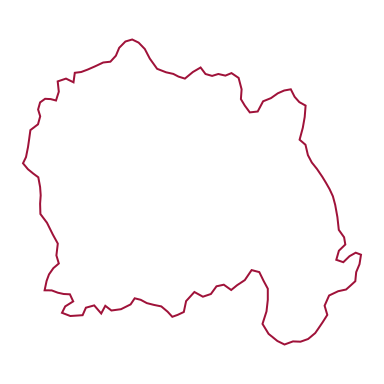 Matias Barbosa, Minas Gerais, Brazil
{"feature_id": "56859067B96954562093001", "entity_name": "Matias Barbosa", "entity_type": "district", "adm_level": 2, "iso_a3": "BRA", "parent_name": "Brazil", "parent_adm1": "Minas Gerais", "projection": "equal_earth", "projection_center": [-43.306, -21.87], "detail": "fine", "context": "isolated", "style": "outline", "palette": "rose", "viewbox_px": 384, "rotation_deg": 0, "n_neighbors": 0, "source": "geoboundaries", "source_scale": "gbopen_adm2", "svg_char_len": 1877}
<svg xmlns="http://www.w3.org/2000/svg" viewBox="0 0 384 384"><path d="M111.4,310.5L121.0,309.2L130.6,304.4L134.7,298.3L140.7,299.8L146.8,303.1L153.9,304.9L161.3,306.4L167.6,311.7L172.3,316.8L177.6,314.9L183.8,312.0L186.1,301.1L194.4,292.0L202.9,296.7L210.9,294.0L216.5,286.3L223.8,284.7L231.2,290.0L237.1,285.2L244.8,280.1L251.6,270.1L259.3,272.1L263.6,280.9L267.8,288.7L267.8,299.8L266.5,311.4L262.5,323.9L268.6,333.9L277.4,341.0L284.5,344.5L293.0,341.4L300.5,341.7L308.1,339.0L315.2,333.1L318.8,327.9L322.6,322.3L327.3,314.9L324.6,305.7L329.1,295.5L338.2,291.2L346.1,289.5L350.6,285.5L355.3,281.2L356.2,272.1L359.5,264.2L361.0,254.7L355.7,252.7L349.5,256.2L343.3,262.2L336.3,259.8L338.9,250.7L345.3,244.5L344.1,237.3L338.8,229.9L337.4,217.1L335.2,204.9L332.9,196.3L329.5,189.0L325.9,182.7L322.3,176.8L317.0,169.0L311.8,162.5L307.9,155.1L305.5,144.8L299.6,139.7L302.8,127.8L304.7,117.0L305.6,105.6L299.3,102.1L294.6,96.8L290.8,89.3L284.2,90.5L277.8,93.3L271.0,98.1L263.1,101.3L257.7,111.5L249.8,112.4L244.8,105.6L240.9,99.1L241.6,89.3L238.6,77.9L231.5,73.1L225.4,75.6L218.3,74.0L212.1,75.9L205.5,74.0L200.6,67.5L192.9,72.0L184.9,78.6L178.5,76.6L173.3,73.9L166.1,72.3L157.1,68.8L149.8,58.6L144.8,49.0L138.6,42.6L132.2,39.5L125.4,41.5L119.2,47.8L115.9,55.7L110.4,61.7L103.2,62.5L94.7,66.5L87.6,69.6L81.2,72.0L74.8,72.8L73.5,82.3L66.0,78.6L57.7,81.4L58.8,91.7L56.0,100.5L50.7,99.1L45.1,98.8L40.1,102.4L38.1,109.5L40.2,116.3L38.0,124.3L30.4,130.1L29.1,139.5L28.0,147.1L26.0,157.1L23.0,163.3L28.0,169.3L33.3,173.6L38.3,177.3L40.1,187.0L40.7,195.3L40.1,203.7L40.4,214.0L47.0,222.8L52.8,234.5L57.8,243.6L56.4,255.4L58.8,263.5L53.4,268.1L49.0,274.4L46.6,280.9L44.6,290.3L51.7,290.4L57.8,292.7L63.7,294.0L69.9,294.3L73.2,301.4L65.2,306.4L62.0,312.8L70.3,316.0L82.6,315.2L85.9,307.7L94.2,305.4L101.2,313.5L105.3,305.8L111.4,310.5Z" fill="none" stroke="#9f1239" stroke-width="2"/></svg>